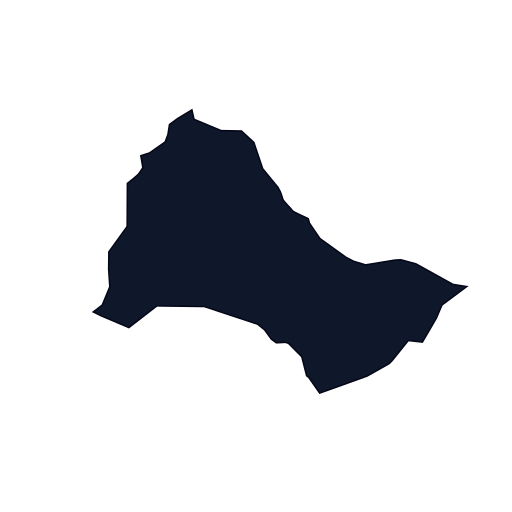 Xu'reemaral, Bayanhongor, Mongolia, rotated 61°
{"feature_id": "93677404B17106990406632", "entity_name": "Xu'reemaral", "entity_type": "district", "adm_level": 2, "iso_a3": "MNG", "parent_name": "Mongolia", "parent_adm1": "Bayanhongor", "projection": "albers", "projection_center": [98.288, 46.477], "detail": "fine", "context": "isolated", "style": "filled", "palette": "ink", "viewbox_px": 512, "rotation_deg": 61, "n_neighbors": 0, "source": "geoboundaries", "source_scale": "gbopen_adm2", "svg_char_len": 1112}
<svg xmlns="http://www.w3.org/2000/svg" viewBox="0 0 512 512"><g transform="rotate(61 256 256)"><path d="M97.1,241.2L97.7,257.5L99.0,267.9L107.1,274.2L112.2,280.2L114.2,299.2L112.4,308.1L123.9,312.2L126.6,317.4L127.6,319.8L128.9,326.0L130.1,333.3L167.7,354.4L181.0,382.7L196.1,391.3L212.0,398.8L224.3,414.2L226.0,425.5L233.2,420.5L257.0,401.9L251.6,366.9L275.1,325.8L316.4,287.7L324.7,284.3L336.2,282.9L341.8,280.3L344.2,275.4L345.7,272.3L348.0,270.0L366.4,264.8L368.5,265.4L385.3,269.8L387.5,268.8L406.8,266.8L414.9,217.1L414.7,191.7L413.5,187.6L403.8,163.8L412.0,152.2L404.0,138.7L397.7,128.2L389.4,117.6L389.0,116.9L384.9,86.5L376.3,97.5L340.4,119.9L329.5,131.1L326.8,136.7L316.9,164.4L308.0,173.1L300.8,177.9L271.7,191.6L253.2,193.3L248.7,192.2L239.2,199.0L236.9,200.6L235.1,201.7L234.1,202.1L232.4,202.4L230.4,202.8L227.0,203.7L224.2,204.3L221.9,204.8L220.3,205.0L219.3,205.0L217.7,204.6L215.0,204.1L212.6,203.7L210.8,203.5L209.9,203.5L209.1,203.5L208.6,203.6L207.1,203.4L182.9,207.8L155.6,202.8L139.6,208.1L129.4,225.7L106.4,243.9L97.1,241.2Z" fill="#0f172a" stroke="#020617" stroke-width="1.5"/></g></svg>